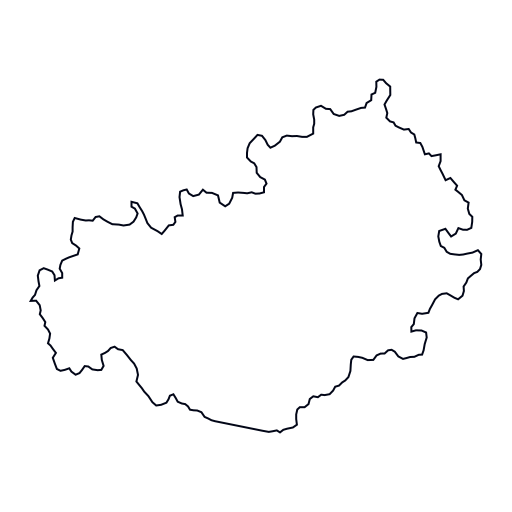 Castelo, Espírito Santo, Brazil (Robinson projection)
{"feature_id": "56859067B40760004973523", "entity_name": "Castelo", "entity_type": "district", "adm_level": 2, "iso_a3": "BRA", "parent_name": "Brazil", "parent_adm1": "Espírito Santo", "projection": "robinson", "projection_center": [-41.208, -20.538], "detail": "fine", "context": "isolated", "style": "outline", "palette": "ink", "viewbox_px": 512, "rotation_deg": 0, "n_neighbors": 0, "source": "geoboundaries", "source_scale": "gbopen_adm2", "svg_char_len": 4347}
<svg xmlns="http://www.w3.org/2000/svg" viewBox="0 0 512 512"><path d="M75.6,374.7L79.5,373.1L82.0,370.0L84.7,366.1L88.3,366.5L92.3,369.4L97.7,370.2L101.3,369.9L103.6,365.9L101.8,359.9L101.3,354.6L105.0,352.9L108.0,351.0L110.7,348.0L114.6,346.7L118.0,349.2L122.7,350.1L126.9,355.0L130.9,360.1L134.1,363.6L136.7,368.5L138.0,374.9L136.4,381.5L139.4,385.2L141.8,388.1L144.2,391.6L148.4,396.1L152.4,402.2L156.2,405.5L161.1,404.8L166.4,402.7L168.5,399.3L169.9,395.7L173.4,394.3L175.7,398.0L177.7,401.7L181.8,403.5L185.2,404.1L188.0,406.4L190.0,409.7L193.6,410.3L197.2,410.5L201.4,412.2L204.6,416.9L208.2,418.5L211.4,420.2L215.0,421.2L262.2,430.7L268.8,431.9L272.4,431.3L276.8,430.4L280.0,432.4L283.3,429.8L287.1,428.7L292.9,427.5L296.9,424.7L296.2,419.1L296.2,414.4L297.3,409.5L299.8,407.2L304.6,407.2L308.5,404.1L309.8,399.0L313.3,396.3L317.9,397.2L321.2,394.7L324.6,395.1L329.6,394.2L333.1,390.6L335.2,386.7L339.0,385.6L342.2,382.4L345.2,380.5L348.4,377.1L350.4,371.0L350.8,364.2L351.3,359.7L353.6,356.5L358.1,356.9L362.3,357.8L367.7,360.1L373.3,359.9L376.6,355.4L380.6,353.6L384.6,353.5L388.1,350.3L391.6,349.8L394.8,351.7L398.3,356.4L403.0,358.9L406.3,358.1L410.1,357.0L414.4,356.8L418.7,354.8L422.1,354.6L423.6,350.3L424.7,344.1L426.7,337.5L426.1,332.5L421.5,330.5L416.0,330.3L411.4,331.6L411.3,327.1L413.8,324.1L414.5,318.3L417.4,313.0L422.1,313.8L428.4,312.8L429.9,308.9L432.0,305.2L435.1,299.3L438.8,295.6L442.0,293.9L446.7,293.3L450.6,295.5L454.5,297.8L458.1,299.3L462.5,295.7L463.9,291.0L463.6,286.5L466.3,282.6L467.9,278.4L470.9,275.8L474.1,273.1L477.3,271.9L480.0,269.1L481.3,264.9L480.7,259.5L481.3,254.0L477.9,250.2L472.5,252.6L467.2,253.6L463.2,254.5L459.3,254.9L454.5,254.4L450.2,253.8L446.7,251.8L444.3,247.8L440.8,246.0L439.3,241.7L438.3,236.4L439.2,231.0L445.4,228.8L448.3,232.8L451.1,236.5L455.8,233.6L458.4,228.1L462.9,229.7L467.1,229.8L471.3,227.9L472.2,221.9L472.3,216.8L469.3,213.9L467.8,208.6L468.6,202.6L464.4,200.3L461.9,195.0L458.2,191.9L455.4,189.7L457.1,185.7L454.0,182.2L450.4,178.0L445.6,180.2L442.6,173.9L440.5,169.9L438.7,166.2L440.6,161.1L440.6,154.3L435.8,155.3L431.5,156.1L428.9,153.4L424.9,154.3L423.7,150.8L422.4,146.9L420.3,143.0L416.2,142.5L415.3,138.2L414.3,134.5L411.0,132.5L408.7,129.0L403.9,129.6L398.6,127.3L395.5,125.7L393.6,122.4L390.0,121.4L386.3,117.7L387.3,113.1L386.2,109.5L384.5,104.5L386.6,100.8L390.3,95.0L390.2,86.6L386.1,83.2L383.2,79.8L379.5,79.6L376.3,81.7L376.4,86.9L375.2,92.8L371.5,94.5L371.2,100.2L366.6,103.0L365.0,107.6L361.1,107.9L356.4,109.5L351.4,111.3L347.6,111.7L344.2,114.8L339.2,115.9L333.7,114.0L330.2,109.1L325.9,108.8L321.0,105.8L315.9,107.5L313.4,109.9L313.2,114.3L314.2,119.7L314.2,123.8L313.2,127.3L313.2,133.6L306.8,136.9L302.3,136.9L296.9,136.0L292.0,136.2L286.8,135.6L282.3,137.3L279.9,141.7L274.8,145.7L270.4,147.7L267.7,144.8L265.4,140.1L262.0,135.8L257.5,134.9L253.8,138.9L249.7,143.2L247.6,148.2L247.0,152.8L247.0,157.5L250.8,161.5L254.2,163.3L256.5,167.1L256.7,172.8L260.2,177.1L264.9,179.6L266.5,183.6L264.0,187.0L264.0,192.3L259.5,193.5L255.4,193.7L251.7,192.3L247.2,193.3L243.5,192.9L238.1,192.5L233.1,192.9L232.2,197.8L229.2,203.7L225.2,206.3L219.7,202.6L218.0,195.4L212.0,192.9L206.5,192.7L202.9,189.7L198.9,194.6L193.2,196.1L188.9,193.5L186.7,189.5L183.4,190.3L180.1,191.7L179.5,197.1L180.6,204.2L182.0,209.4L182.7,215.5L177.7,215.5L174.7,217.2L175.4,221.9L173.3,224.8L168.8,225.4L164.5,230.8L161.7,234.0L157.6,231.2L151.1,227.7L147.4,223.1L145.8,219.1L144.0,214.7L142.2,211.2L139.6,207.1L137.4,203.3L131.5,201.8L131.5,206.7L134.9,208.6L137.6,213.5L136.2,217.4L133.5,221.7L129.6,224.6L123.5,225.5L118.9,224.6L112.3,224.2L107.4,221.7L103.3,219.3L99.4,216.3L95.6,217.0L92.7,220.7L89.0,220.3L85.7,220.5L80.7,219.6L74.7,218.0L72.9,221.8L72.6,227.2L72.6,231.6L71.5,235.3L70.8,239.6L72.2,243.1L76.1,245.6L79.3,248.5L77.7,254.4L72.7,256.1L69.2,257.3L66.0,258.7L62.2,260.6L60.4,264.9L59.7,268.7L62.2,273.1L62.2,277.7L58.5,278.3L54.9,280.5L54.5,275.2L52.2,271.5L47.4,269.5L43.7,268.2L39.6,270.3L37.8,275.6L38.5,281.2L39.4,286.0L36.5,290.2L35.0,294.9L32.6,297.6L30.7,300.9L36.1,300.7L39.7,305.2L40.7,310.4L39.8,314.2L42.8,318.2L45.3,322.1L44.5,325.8L48.0,329.5L50.1,333.6L49.4,338.5L48.0,343.3L50.5,345.5L52.8,348.8L55.9,352.9L52.8,357.8L54.9,363.8L56.9,369.0L60.5,370.8L64.7,369.9L69.3,368.3L71.4,371.6L75.6,374.7Z" fill="none" stroke="#020617" stroke-width="2"/></svg>